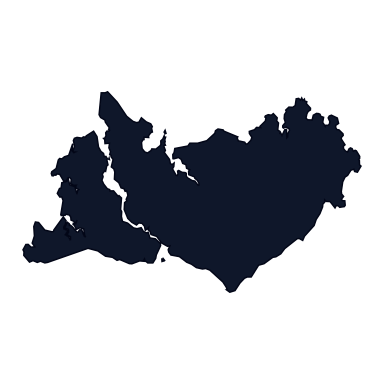 Tiwi Islands, Northern Territory, Australia
{"feature_id": "25037944B62285809064209", "entity_name": "Tiwi Islands", "entity_type": "district", "adm_level": 2, "iso_a3": "AUS", "parent_name": "Australia", "parent_adm1": "Northern Territory", "projection": "natural_earth1", "projection_center": [130.684, -11.553], "detail": "fine", "context": "isolated", "style": "filled", "palette": "ink", "viewbox_px": 384, "rotation_deg": 0, "n_neighbors": 0, "source": "geoboundaries", "source_scale": "gbopen_adm2", "svg_char_len": 6005}
<svg xmlns="http://www.w3.org/2000/svg" viewBox="0 0 384 384"><path d="M169.5,159.4L164.3,152.4L165.4,150.4L163.9,146.4L164.3,145.2L165.4,145.2L164.4,142.5L165.2,141.9L164.8,139.8L165.6,137.2L164.7,137.2L164.2,135.8L162.8,139.0L160.8,140.9L160.9,144.5L159.9,145.9L155.9,149.1L151.8,148.9L151.1,150.5L147.5,153.0L144.7,151.9L142.1,148.6L141.5,142.5L142.7,140.0L144.0,139.6L144.0,137.2L148.7,137.5L148.5,135.9L150.6,132.9L152.4,132.0L151.6,128.2L152.3,126.6L150.7,123.8L146.3,121.9L141.4,117.8L138.9,122.2L136.4,122.6L133.0,121.4L126.7,116.3L117.1,102.0L107.6,91.8L105.2,92.8L101.2,92.8L99.1,114.7L100.6,117.5L104.9,120.0L105.4,122.2L109.4,127.9L108.6,129.3L109.6,130.2L109.1,131.0L106.9,131.1L105.7,132.8L106.0,135.7L104.8,138.1L103.6,138.4L104.7,139.6L105.0,143.6L109.5,143.2L108.9,147.8L110.5,151.6L109.7,154.6L111.3,155.4L111.0,156.7L113.1,159.5L111.3,166.9L113.8,168.8L114.8,172.0L114.4,179.2L118.8,182.7L121.1,187.9L124.0,188.7L125.1,191.3L126.6,190.9L127.4,193.1L127.9,195.5L126.2,199.3L126.8,200.9L124.6,202.6L124.2,209.5L127.8,218.4L131.8,222.3L136.5,225.0L138.7,222.9L142.1,223.4L144.5,226.3L145.3,230.4L148.6,227.4L148.1,229.7L150.1,231.4L151.0,234.5L156.7,236.4L161.5,242.9L167.5,246.3L169.9,245.8L168.2,249.7L168.8,252.1L170.9,255.0L179.4,256.6L186.7,262.2L191.5,264.2L196.4,267.6L202.5,269.0L205.7,268.5L209.8,270.1L222.9,282.0L226.2,287.1L227.3,289.8L226.6,289.9L229.8,292.2L235.0,290.6L239.9,283.1L244.4,278.3L247.2,277.0L251.2,277.0L258.6,265.2L264.0,263.7L272.8,257.3L275.9,256.8L280.8,253.8L284.7,248.6L297.2,238.7L299.2,238.5L302.7,240.4L304.5,236.2L314.1,225.5L316.2,219.4L319.9,213.7L322.6,206.9L322.8,204.2L324.7,202.1L324.7,199.9L326.2,201.4L330.1,201.6L335.0,207.9L336.2,205.6L338.3,205.8L339.7,207.3L344.3,206.6L345.2,205.3L344.8,200.8L342.4,200.7L341.5,199.1L343.6,196.4L341.6,194.0L341.3,191.4L342.7,181.9L345.0,177.1L347.6,175.4L350.9,170.2L353.9,169.2L354.6,171.5L357.4,172.2L361.0,166.1L359.5,164.7L359.4,160.5L358.6,159.3L359.6,158.6L359.7,156.4L356.4,150.9L355.1,150.3L353.4,151.3L352.1,148.6L350.4,147.9L348.9,149.0L347.6,152.0L345.5,151.1L343.6,148.8L343.3,146.3L345.0,144.8L341.6,139.5L341.6,140.3L341.2,137.7L343.2,135.4L343.0,133.8L339.0,129.9L336.7,129.5L335.7,127.5L335.7,125.4L338.6,123.4L337.3,118.0L331.4,115.2L329.3,116.0L328.2,117.9L329.9,121.7L329.3,124.2L328.2,125.3L325.5,125.3L325.2,126.3L322.7,122.4L323.6,117.3L320.9,116.4L320.0,114.3L318.6,113.6L316.5,113.4L313.3,115.2L312.1,120.0L307.6,119.8L306.0,118.1L306.9,113.8L308.2,111.4L310.4,110.0L310.5,108.2L306.4,103.7L306.8,101.7L304.7,101.0L304.4,99.1L302.8,100.5L301.7,98.0L300.5,100.2L298.7,98.4L296.2,98.8L295.2,105.6L292.7,107.3L288.9,107.1L285.7,110.1L286.4,111.6L284.5,114.6L284.2,118.7L285.4,122.5L282.8,125.6L282.7,127.2L283.4,128.1L286.2,127.1L289.0,128.7L289.5,130.4L287.8,133.7L287.7,137.0L286.8,137.9L286.5,129.4L284.7,129.8L282.0,135.6L280.7,132.9L279.9,133.2L280.1,131.5L277.7,130.0L278.5,123.0L276.7,120.9L277.2,117.8L273.3,113.6L271.4,115.2L268.2,114.7L265.4,115.9L264.9,117.0L266.0,117.8L265.3,121.1L260.0,126.3L260.7,127.6L256.5,127.4L254.5,129.7L249.3,131.4L249.4,133.5L251.9,137.4L250.8,140.4L247.5,143.9L245.8,144.0L244.7,142.2L238.3,140.8L237.1,137.8L237.8,136.9L224.0,131.2L223.1,129.9L218.0,129.0L215.5,130.7L214.8,133.3L206.8,140.7L197.7,143.2L189.8,143.2L187.9,146.0L174.8,148.5L174.1,152.6L172.8,154.6L173.0,159.3L173.4,158.1L174.0,158.8L178.5,157.5L181.2,159.4L182.7,163.4L185.9,164.6L186.6,168.3L189.8,169.8L188.6,171.1L188.8,174.7L194.4,176.8L194.8,178.2L197.5,180.5L199.0,183.6L199.1,184.9L198.2,185.4L194.9,181.1L192.0,180.5L187.4,177.7L186.2,176.0L186.3,173.3L185.3,172.6L182.0,172.3L178.7,170.5L177.6,171.1L178.0,173.9L177.3,175.6L176.2,175.4L172.5,168.9L173.8,166.6L174.1,163.0L172.1,164.6L170.4,163.6L169.5,159.4ZM155.4,238.8L149.9,237.9L148.2,232.3L146.3,232.9L143.5,231.6L141.2,227.7L137.0,228.7L133.5,227.9L127.6,223.1L122.5,221.4L121.4,216.4L121.7,211.7L120.6,209.5L121.5,198.0L119.0,195.6L118.2,196.4L113.6,190.9L109.9,190.9L109.7,189.6L107.3,188.7L103.7,184.1L101.9,180.2L103.1,176.8L102.3,174.0L104.8,170.7L105.6,171.3L106.7,166.0L108.0,164.9L106.9,160.2L107.3,158.6L105.9,156.4L104.3,156.7L103.5,153.4L100.9,151.4L98.5,147.0L97.0,136.6L93.6,131.2L86.2,135.9L85.6,137.1L83.4,136.9L81.7,138.1L77.0,137.4L74.4,138.3L73.4,140.5L74.6,146.3L73.1,150.3L73.7,151.8L75.4,152.0L73.8,152.7L72.0,150.8L72.7,143.7L68.7,155.4L64.4,156.8L61.9,158.9L59.6,158.5L58.3,160.0L56.2,168.5L51.8,171.7L51.3,173.5L52.0,175.7L53.2,175.9L54.4,175.0L55.9,175.2L56.8,174.0L59.7,174.3L63.7,181.1L66.0,180.8L68.2,177.7L69.7,177.5L71.3,179.4L70.7,183.5L73.8,185.3L76.4,185.2L75.7,186.3L76.4,188.2L78.8,189.7L77.6,190.6L77.0,194.3L74.9,186.8L69.7,184.9L68.4,179.2L66.8,181.4L61.8,182.7L61.1,188.0L59.5,188.5L57.3,193.4L59.9,197.1L61.7,196.8L63.1,200.6L60.8,214.6L61.2,215.5L65.1,215.3L66.0,214.2L69.5,215.1L70.8,217.3L71.0,220.1L74.0,221.4L75.1,223.4L77.1,220.1L75.9,223.8L73.3,223.3L73.1,224.5L74.4,225.3L76.3,229.4L79.8,227.8L83.7,228.8L84.7,235.4L85.7,237.2L84.0,235.9L81.7,229.8L79.6,229.9L78.0,232.2L76.6,231.9L72.6,227.0L70.3,225.1L69.4,225.4L69.2,223.7L67.4,222.3L64.5,228.1L67.8,228.9L68.6,230.0L68.6,232.2L67.0,234.6L70.5,236.7L70.4,240.5L68.6,236.9L65.2,234.8L67.9,230.7L63.8,228.9L63.7,226.7L65.2,224.6L66.1,220.8L63.3,216.9L53.9,229.9L53.5,231.5L52.0,231.8L44.8,230.1L38.6,222.5L35.4,222.0L33.8,226.5L34.4,236.0L32.2,243.1L34.8,246.8L31.1,247.2L28.2,244.4L25.9,244.5L23.0,249.8L24.0,251.8L23.8,255.4L29.5,262.1L33.0,260.6L37.3,262.4L40.5,261.2L44.8,262.9L47.6,262.4L88.0,248.3L97.8,250.9L105.5,256.2L112.5,257.3L117.0,260.3L119.7,259.5L129.3,263.6L131.9,263.8L139.6,260.9L144.5,261.3L143.5,260.2L144.5,258.8L144.9,260.4L147.7,262.9L152.9,262.9L155.7,258.4L156.3,254.9L160.6,245.6L160.4,243.7L155.4,238.8ZM162.9,259.6L162.0,259.7L161.8,258.3L162.0,261.5L164.4,260.8L165.1,259.9L164.6,260.4L163.2,258.6L162.9,259.6ZM164.1,132.1L165.1,133.7L166.0,133.4L165.1,130.3L164.1,132.1ZM108.7,159.2L109.4,159.5L109.1,158.1L108.7,159.2Z" fill="#0f172a" stroke="#020617" stroke-width="1.5"/></svg>